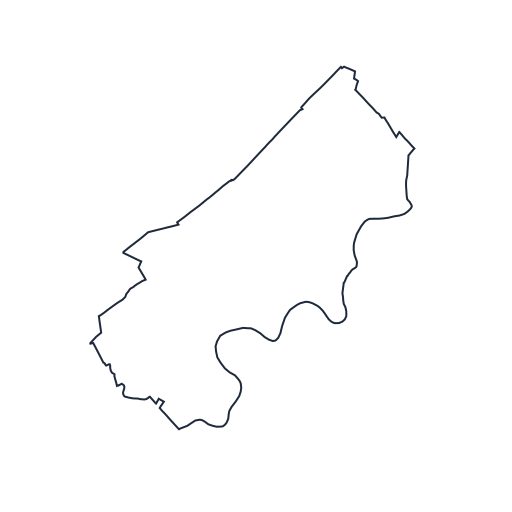 Tamaseni, Neamt, Romania, rotated 70°
{"feature_id": "2599482B76925669671751", "entity_name": "Tamaseni", "entity_type": "district", "adm_level": 2, "iso_a3": "ROU", "parent_name": "Romania", "parent_adm1": "Neamt", "projection": "albers", "projection_center": [26.944, 47.0], "detail": "fine", "context": "isolated", "style": "outline", "palette": "slate", "viewbox_px": 512, "rotation_deg": 70, "n_neighbors": 0, "source": "geoboundaries", "source_scale": "gbopen_adm2", "svg_char_len": 5366}
<svg xmlns="http://www.w3.org/2000/svg" viewBox="0 0 512 512"><g transform="rotate(70 256 256)"><path d="M390.4,366.3L390.6,364.7L392.1,362.5L394.4,360.6L397.9,358.3L400.8,354.7L402.9,351.5L404.2,347.8L404.7,345.4L404.0,343.1L402.9,341.1L401.6,339.7L399.4,337.7L395.0,335.6L392.4,334.0L389.4,330.5L385.7,324.7L381.9,319.7L378.4,316.9L374.7,314.9L370.4,313.9L368.0,314.1L365.5,314.8L360.9,316.6L356.3,320.6L350.9,323.7L344.1,325.8L338.1,327.0L332.2,326.2L327.1,324.9L323.0,321.9L318.7,316.9L317.5,310.6L317.5,305.5L318.4,298.8L319.1,292.8L320.8,289.0L322.3,285.4L325.4,282.1L330.1,278.4L335.3,275.5L339.3,272.2L341.7,269.2L342.1,266.6L340.6,263.2L336.8,259.4L330.6,255.3L323.9,249.9L320.5,245.5L318.3,242.5L316.8,237.3L315.9,233.9L315.5,230.4L315.8,227.5L315.9,225.9L316.2,224.5L317.0,222.8L318.3,220.8L319.9,218.9L324.1,215.1L326.6,213.6L330.2,212.0L334.0,210.9L337.0,210.2L340.3,209.3L343.1,207.9L344.7,206.6L345.9,205.2L346.5,203.6L347.4,201.0L347.2,197.3L346.0,194.3L343.4,191.7L339.2,190.2L338.5,190.0L338.3,190.0L334.7,189.5L330.9,189.9L327.5,189.2L324.4,188.3L323.8,188.2L320.5,187.5L312.6,183.4L312.2,183.1L311.5,183.0L310.6,181.6L306.1,177.4L305.9,176.5L304.6,175.0L303.7,173.3L302.2,171.2L301.5,169.4L301.2,167.6L300.8,166.0L300.2,165.1L298.4,164.2L297.3,163.6L295.7,163.1L294.8,163.1L289.6,163.1L287.8,162.9L283.9,162.2L279.4,160.5L276.8,159.1L270.0,154.0L266.8,150.3L263.9,146.9L260.8,141.9L260.2,139.5L259.9,137.6L260.0,136.3L261.0,133.4L262.9,128.1L264.3,123.2L265.3,118.7L266.0,112.5L267.0,107.6L267.1,105.4L267.2,102.3L266.3,98.9L265.7,97.3L265.0,95.8L264.2,94.2L263.4,93.2L262.7,92.7L261.8,92.5L261.2,92.5L257.8,93.1L256.2,93.8L254.3,94.5L250.6,93.7L241.7,91.1L239.5,90.3L237.4,89.5L235.4,88.5L232.1,86.4L215.0,78.9L213.6,78.3L213.3,77.7L212.9,77.0L212.4,76.1L212.0,75.7L211.6,74.8L211.4,74.4L211.1,74.0L210.7,73.2L210.1,72.2L209.2,70.4L208.5,70.7L207.6,71.1L204.6,72.4L202.7,73.1L200.6,74.0L198.9,74.7L197.8,75.3L196.6,75.9L195.9,76.1L195.3,76.4L194.6,76.6L193.3,77.1L191.7,77.6L190.9,78.0L190.4,78.2L190.1,78.3L189.0,78.7L188.7,78.9L188.5,79.0L190.8,81.8L192.2,83.5L191.8,83.6L187.5,84.5L187.2,84.6L184.1,85.2L182.3,85.5L180.8,85.8L179.2,86.1L176.9,86.5L174.3,87.1L173.1,87.4L171.6,87.7L170.6,87.8L169.8,87.9L169.0,90.6L166.8,91.3L165.9,91.5L164.5,91.9L163.7,92.5L162.9,93.1L162.6,93.5L160.4,94.4L158.3,95.2L158.0,95.3L155.6,96.3L153.9,97.1L153.7,97.2L152.4,97.8L147.4,99.9L144.6,101.0L143.0,101.7L141.9,102.2L141.2,102.5L140.6,102.8L140.2,102.9L139.7,103.2L139.3,103.4L137.6,104.1L135.8,104.9L134.5,105.5L133.8,105.9L133.5,105.4L129.7,102.9L126.6,100.3L124.8,101.4L122.8,103.2L116.4,99.8L112.9,103.4L112.2,104.2L111.7,104.7L109.8,106.9L109.2,107.5L108.6,108.1L108.2,108.5L108.9,111.0L107.7,111.3L107.3,111.5L110.7,118.5L111.6,120.2L117.6,132.7L120.1,138.1L122.8,144.5L125.5,150.7L126.4,152.6L128.5,156.5L129.1,157.5L131.7,162.5L132.0,162.7L132.4,162.7L132.9,162.7L133.2,162.6L133.6,162.3L133.9,162.1L134.0,162.5L134.0,164.8L135.3,167.5L139.7,176.5L147.0,191.2L149.8,196.7L150.0,197.2L151.9,200.5L153.6,204.2L155.8,208.6L156.7,210.1L157.8,212.4L160.2,217.2L162.2,221.1L164.5,225.6L167.1,230.7L168.5,233.4L169.2,234.9L169.8,236.2L171.9,240.5L173.1,243.0L174.8,246.5L176.3,249.6L176.6,250.6L176.7,251.0L176.8,251.4L176.7,251.4L176.3,252.6L176.1,253.0L176.3,253.2L176.3,253.4L176.7,253.5L176.8,253.8L176.6,254.8L176.6,255.4L177.9,259.4L179.0,263.2L179.7,264.9L181.3,269.0L182.4,272.3L183.5,275.2L184.8,278.9L185.1,279.7L185.5,281.0L185.8,282.3L189.4,292.5L192.5,303.0L194.6,309.1L197.4,318.6L200.0,318.1L200.0,318.3L199.6,322.5L197.8,339.3L196.9,347.9L196.8,349.4L198.1,352.8L200.6,359.9L203.8,370.1L205.2,374.3L205.5,375.0L205.8,375.9L206.1,376.9L206.5,378.2L206.8,379.1L207.4,379.5L207.7,379.6L216.1,371.4L220.4,367.2L221.8,365.7L226.7,370.3L232.0,369.3L237.2,368.3L240.5,367.8L240.6,371.2L241.1,373.7L241.5,375.4L241.7,376.8L242.1,378.6L242.7,380.6L243.3,382.2L243.5,383.9L243.8,385.4L244.3,386.2L245.1,387.4L245.9,388.3L246.2,389.1L246.9,390.1L247.2,390.7L247.8,391.2L248.6,391.9L249.7,392.8L251.4,396.4L252.4,401.2L253.0,403.6L255.7,413.1L257.5,418.6L258.6,422.9L258.7,424.2L263.6,425.3L275.1,427.7L277.2,433.7L281.2,441.5L281.7,441.6L282.2,438.7L290.5,437.6L300.7,436.3L304.0,435.9L304.4,435.5L304.7,435.1L305.0,435.0L305.5,434.9L306.8,434.6L307.5,434.5L307.7,434.3L307.7,433.8L307.5,431.4L307.5,431.0L307.7,430.5L308.0,430.5L308.7,430.5L309.5,430.6L310.3,431.0L311.3,431.3L311.9,431.4L313.3,431.6L314.2,431.6L315.1,431.4L315.8,431.4L316.3,431.3L316.7,431.1L317.5,430.4L318.0,429.9L318.5,429.5L318.8,429.4L319.1,429.5L319.8,429.9L320.5,430.2L321.3,430.2L322.6,430.4L324.4,430.5L327.4,430.7L329.7,431.0L330.5,431.1L330.3,429.8L330.7,429.6L330.1,425.9L330.6,425.6L331.4,424.9L332.4,424.4L333.8,424.4L335.5,425.2L337.5,426.7L338.7,427.6L339.8,427.9L340.9,428.0L341.7,427.9L342.3,427.8L342.7,427.7L343.2,427.4L344.0,426.3L344.4,425.6L345.3,424.4L346.2,422.9L347.6,420.5L348.3,418.9L348.7,417.9L349.2,416.7L349.5,415.9L350.1,414.9L350.9,413.8L351.4,412.6L352.0,411.4L352.5,410.3L352.8,409.2L352.9,407.8L352.6,406.8L352.7,406.6L352.5,405.9L352.0,404.8L351.9,403.9L359.9,400.7L360.5,400.4L359.5,399.2L356.9,396.2L361.4,392.4L364.8,397.2L365.9,398.5L366.7,398.2L370.4,396.8L371.5,396.2L373.6,395.3L379.7,392.9L385.6,390.5L392.5,387.6L392.2,386.1L392.1,378.7L391.1,374.7L389.8,369.2L390.4,366.3Z" fill="none" stroke="#1e293b" stroke-width="2"/></g></svg>